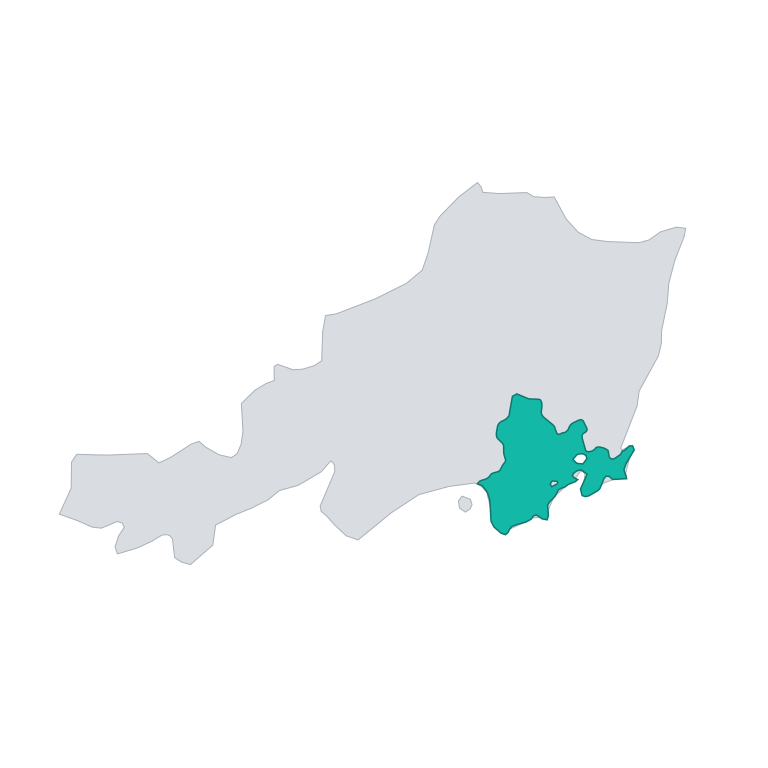 location of Tavush within Armenia, rotated 112°
{"feature_id": "ARM-1670", "entity_name": "Tavush", "entity_type": "Province", "adm_level": 1, "iso_a3": "ARM", "parent_name": "Armenia", "parent_adm1": "", "projection": "equal_earth", "projection_center": [45.046, 40.964], "detail": "fine", "context": "in_parent", "style": "filled", "palette": "teal", "viewbox_px": 768, "rotation_deg": 112, "n_neighbors": 0, "source": "natural_earth", "source_scale": "10m", "svg_char_len": 4257}
<svg xmlns="http://www.w3.org/2000/svg" viewBox="0 0 768 768"><g transform="rotate(112 384 384)"><path d="M342.4,463.8L336.8,454.5L308.4,424.1L282.1,400.8L264.1,391.2L245.8,392.2L217.5,396.9L207.2,394.9L182.6,384.8L162.1,372.7L165.0,367.7L169.3,364.1L164.2,348.4L153.0,323.2L154.3,315.4L150.7,304.5L146.8,296.3L163.0,276.6L170.5,260.8L172.2,245.5L168.0,229.5L157.6,200.7L151.2,192.3L139.2,184.5L129.1,171.7L126.6,162.7L135.2,160.9L160.1,160.7L184.2,157.6L203.1,151.6L230.5,146.6L241.8,142.2L254.9,140.1L294.9,144.8L309.8,141.1L354.8,140.5L355.9,138.6L349.8,132.5L349.9,130.2L376.6,126.4L380.8,123.5L384.3,133.2L394.3,143.9L405.3,148.2L411.2,154.1L411.5,158.6L392.0,164.0L390.7,166.7L392.0,169.4L397.8,170.7L425.0,184.2L440.6,184.5L448.8,188.6L452.9,196.6L465.9,207.6L476.3,218.2L476.9,221.9L475.0,227.3L446.0,248.1L442.3,255.3L441.9,262.9L454.7,285.5L473.6,310.3L500.8,329.1L538.3,349.6L538.9,362.3L533.0,377.4L527.9,387.6L525.6,394.5L521.1,397.5L483.7,396.8L478.1,399.3L475.7,402.3L475.5,404.7L488.9,409.3L510.0,425.5L522.1,441.2L534.7,448.0L548.9,460.5L560.2,472.2L577.9,487.3L597.5,482.4L623.9,495.8L625.0,505.0L623.4,513.1L607.0,522.0L604.9,525.7L605.0,528.8L607.2,533.2L616.9,540.5L628.4,551.3L641.4,567.5L635.7,572.4L623.7,573.1L614.3,571.1L611.0,574.4L611.3,579.7L623.5,592.0L626.0,601.0L625.5,616.6L626.3,636.3L597.8,635.0L573.5,644.5L564.3,642.6L558.1,625.8L552.8,612.2L537.2,577.4L541.4,563.2L532.7,554.9L511.8,540.1L506.5,534.0L509.4,525.6L511.4,510.3L509.4,497.9L503.8,494.1L493.4,493.9L480.8,497.0L455.5,508.9L438.0,501.3L427.8,493.6L421.9,487.1L408.8,492.5L405.6,489.9L404.9,473.9L400.9,465.3L393.0,455.3L385.7,450.5L358.7,460.4L342.4,463.8ZM384.4,179.7L385.2,174.0L384.0,168.9L379.6,167.3L374.3,168.6L373.8,174.3L375.5,179.7L380.9,182.2L384.4,179.7ZM470.7,267.6L464.5,271.2L458.7,269.6L458.6,260.7L462.8,257.2L467.7,257.4L472.3,260.5L470.7,267.6Z" fill="#d9dde1" stroke="#a8b0b8" stroke-width="1"/><path d="M367.1,129.7L373.3,129.5L375.2,128.2L378.9,124.9L380.9,123.6L386.9,136.3L385.3,140.7L386.2,143.4L389.0,144.6L399.6,144.6L402.4,145.5L410.9,152.1L413.0,155.1L413.2,158.5L407.7,162.5L391.6,161.9L389.8,168.7L391.9,172.3L395.5,174.7L398.6,175.0L399.6,172.4L400.1,168.6L402.8,170.0L408.1,175.5L411.4,177.5L413.9,180.2L416.6,182.5L424.3,183.4L431.4,186.3L435.1,186.9L442.7,183.1L444.3,182.3L448.8,181.8L449.8,186.9L448.3,193.8L450.4,196.0L452.7,196.6L454.3,197.0L458.6,200.5L465.6,209.4L468.2,212.0L471.5,213.1L475.3,213.4L478.2,214.9L478.5,219.6L475.4,228.4L471.2,233.3L458.5,239.3L451.9,242.5L445.6,247.7L441.5,254.9L441.5,260.1L441.4,260.1L438.3,258.9L436.3,256.9L434.8,254.9L432.9,253.1L431.9,252.4L430.9,251.9L428.0,251.1L427.1,250.7L426.2,250.1L422.5,245.4L421.5,244.6L420.0,244.1L414.3,243.5L411.1,242.6L410.1,242.4L408.9,242.8L404.2,246.5L402.8,247.3L396.5,249.9L395.7,250.6L394.9,251.5L394.3,252.6L392.3,257.7L391.7,258.6L391.1,259.5L390.2,260.1L389.2,260.7L386.8,261.6L380.0,263.0L378.8,262.9L377.5,262.6L375.7,261.8L374.7,261.1L372.7,259.2L371.5,258.3L369.1,257.0L366.7,256.2L347.3,260.3L343.4,257.1L343.6,244.6L342.3,240.5L341.7,239.3L340.8,236.5L340.3,235.2L340.1,234.1L340.1,233.1L341.2,231.7L342.4,230.7L345.5,229.2L351.1,227.7L352.2,227.1L353.2,226.3L354.1,225.1L355.0,223.4L358.5,212.3L359.2,210.8L359.9,209.7L360.7,209.1L361.4,208.7L361.9,208.2L363.3,206.7L364.3,205.9L365.1,205.0L365.5,203.9L364.6,202.2L362.7,200.5L362.1,199.8L361.4,198.3L360.9,197.8L358.9,196.9L358.4,196.6L357.9,196.3L357.3,196.2L355.1,196.2L352.7,195.9L351.6,195.6L349.5,194.4L345.5,190.8L343.9,189.1L343.3,188.1L343.2,186.9L343.5,185.6L348.8,179.6L349.8,178.8L350.8,178.5L352.0,178.6L353.1,179.1L355.2,180.6L356.4,181.1L357.9,180.9L359.6,180.2L370.1,172.1L370.6,170.7L370.3,169.1L368.4,166.2L366.7,164.8L365.0,164.0L363.6,163.6L362.4,162.4L361.6,160.3L361.0,155.9L361.3,153.0L361.7,151.5L362.4,150.8L364.7,149.5L367.0,147.9L367.7,147.1L368.1,146.0L368.2,145.0L367.9,143.7L366.2,141.9L360.7,138.3L356.8,137.9L355.7,136.3L349.6,133.4L348.2,130.4L351.4,127.3L367.1,129.7ZM383.1,180.6L385.4,175.7L383.6,169.6L377.2,168.0L374.7,169.8L374.1,172.8L375.2,176.0L377.2,178.6L383.1,180.6ZM414.7,192.4L416.4,190.0L411.8,186.0L411.1,185.9L410.5,186.0L409.9,186.3L409.4,186.9L410.9,191.8L414.7,192.4Z" fill="#14b8a6" stroke="#0f766e" stroke-width="1.5"/></g></svg>